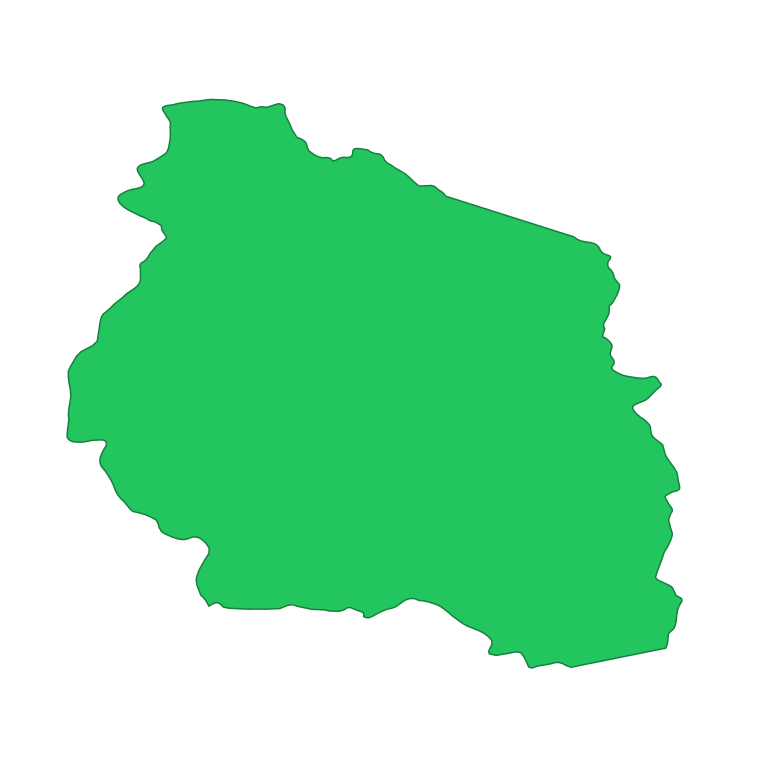 La Venta, Francisco Morazán, Honduras (Mercator projection), rotated 5°
{"feature_id": "27666195B10946257085941", "entity_name": "La Venta", "entity_type": "district", "adm_level": 2, "iso_a3": "HND", "parent_name": "Honduras", "parent_adm1": "Francisco Morazán", "projection": "mercator", "projection_center": [-87.317, 13.734], "detail": "fine", "context": "isolated", "style": "filled", "palette": "green", "viewbox_px": 768, "rotation_deg": 5, "n_neighbors": 0, "source": "geoboundaries", "source_scale": "gbopen_adm2", "svg_char_len": 6144}
<svg xmlns="http://www.w3.org/2000/svg" viewBox="0 0 768 768"><g transform="rotate(5 384 384)"><path d="M229.0,620.5L232.1,618.3L234.9,616.7L237.8,616.3L240.8,618.0L243.4,620.2L249.1,620.9L269.1,620.1L274.4,619.5L287.1,618.5L299.7,616.8L307.1,613.0L311.9,611.8L317.3,613.0L332.0,614.8L343.8,614.2L349.5,614.9L358.4,614.4L361.4,613.5L364.0,612.3L367.5,609.8L370.8,609.8L375.6,611.4L382.9,613.3L384.0,614.9L384.2,616.5L383.9,617.3L386.1,618.3L389.4,618.2L393.5,616.0L396.9,613.5L403.2,609.8L407.3,607.8L411.3,606.7L414.8,605.1L424.0,597.4L428.6,595.4L433.3,595.2L437.5,596.5L442.4,596.6L448.4,597.4L456.6,599.4L460.5,601.1L468.5,606.2L473.2,609.7L483.5,615.8L488.1,617.8L500.5,621.6L505.8,623.8L509.2,626.0L512.3,628.4L513.8,630.4L514.2,633.3L513.5,636.0L512.6,637.9L511.6,641.2L512.4,643.6L519.2,644.6L531.4,641.5L538.6,639.3L543.6,639.6L546.9,643.4L549.7,647.5L551.2,650.4L552.8,653.3L556.0,654.1L562.1,651.4L568.7,649.8L574.2,648.3L578.0,646.9L581.6,646.1L586.0,646.8L589.9,648.5L594.9,649.9L687.9,622.5L688.6,619.7L689.1,616.7L689.0,608.8L689.5,607.6L690.4,606.3L693.8,602.7L694.8,600.3L695.8,595.0L695.7,589.6L696.1,584.1L697.4,579.0L699.4,575.2L699.6,574.0L699.5,572.8L699.1,572.0L698.5,571.4L695.8,570.3L693.1,568.8L689.7,562.7L688.2,561.0L685.9,559.8L673.7,555.4L672.0,553.9L671.5,553.0L671.4,552.1L672.2,548.3L676.1,534.5L677.5,528.2L678.3,526.3L680.7,521.3L682.6,516.4L683.9,511.9L684.3,509.1L684.0,507.0L682.4,503.4L679.5,495.2L679.6,493.3L680.0,491.3L680.9,488.3L682.2,485.7L682.2,484.2L681.1,482.1L678.3,478.9L675.0,474.2L674.0,472.6L673.9,471.8L674.2,471.0L674.9,470.2L677.6,468.3L681.1,466.2L684.5,465.1L686.7,463.8L687.3,463.2L687.6,462.4L687.5,460.4L685.5,454.4L684.2,448.9L683.3,446.5L681.0,443.1L672.9,433.6L671.2,431.2L669.8,428.5L667.6,422.1L666.7,420.1L658.4,414.7L655.8,412.4L655.1,411.3L654.5,409.8L652.8,402.9L652.3,401.9L651.3,400.9L647.3,397.5L645.8,396.5L642.4,394.8L638.9,392.3L635.6,389.2L634.5,387.9L634.0,386.7L633.8,385.7L634.1,384.5L634.4,383.9L635.2,383.1L639.4,380.6L644.9,377.9L646.5,376.7L648.8,374.6L655.3,366.6L659.6,362.2L660.1,360.9L660.1,360.1L659.7,359.4L659.2,358.9L657.9,358.1L656.5,355.8L655.1,354.3L654.0,353.5L652.8,353.1L651.8,353.0L650.8,353.1L648.6,353.7L644.9,355.3L641.8,355.8L635.9,355.9L626.1,355.2L621.8,354.6L618.1,353.5L614.9,352.3L611.3,350.4L610.3,349.5L609.7,348.5L609.5,347.6L609.6,346.8L610.0,346.0L611.0,344.7L611.3,343.6L611.3,342.2L610.8,340.2L607.3,336.1L606.8,335.2L606.8,332.8L607.9,327.4L607.8,325.8L606.6,323.8L604.3,321.4L600.5,318.8L598.5,318.4L597.8,317.7L597.6,316.6L599.1,309.9L598.9,309.4L597.9,307.8L597.4,305.2L600.8,297.6L601.8,294.8L602.0,292.2L601.7,287.9L601.8,286.0L602.1,285.6L602.8,285.3L603.3,284.8L604.8,282.9L608.5,274.6L609.9,269.6L610.2,267.1L610.2,265.5L609.8,264.3L605.5,259.9L604.2,258.2L603.6,257.0L603.0,254.6L601.9,252.8L600.0,250.5L597.8,248.7L596.9,247.4L596.5,245.6L596.4,243.7L596.8,242.3L598.0,240.5L598.6,238.9L598.7,237.8L598.2,237.1L597.6,236.7L592.9,235.5L590.7,234.7L588.1,232.3L586.4,229.4L585.1,228.0L583.3,226.7L581.1,225.8L577.5,225.1L572.1,224.8L567.5,224.3L563.5,222.9L560.4,220.9L432.5,192.3L430.6,192.0L429.7,191.6L428.8,191.1L425.9,188.2L420.9,185.5L417.7,183.1L416.0,182.4L413.1,182.2L403.7,183.6L401.4,183.5L400.3,182.9L398.0,181.3L389.7,174.8L387.3,173.2L382.4,170.6L376.4,167.9L371.8,165.3L367.7,163.4L365.0,160.9L363.8,158.7L363.0,157.6L360.9,156.0L358.7,155.2L355.4,155.2L352.4,154.6L349.9,153.7L347.9,152.4L347.1,152.1L337.8,151.7L335.7,151.9L334.4,152.2L333.5,152.8L332.9,153.7L332.6,155.0L332.7,156.9L332.5,158.2L331.9,159.6L331.0,160.6L330.1,161.0L328.4,161.5L326.7,161.7L324.3,161.6L322.1,162.1L319.6,163.2L316.7,165.2L314.6,166.0L313.1,165.9L311.5,164.2L309.2,163.5L307.0,163.4L304.0,163.9L302.7,163.9L299.6,163.5L297.4,162.9L294.2,161.5L288.8,158.3L287.0,155.0L285.7,151.3L284.9,150.2L283.8,149.1L282.2,148.1L279.2,146.8L276.1,146.1L275.3,145.3L270.5,139.0L269.1,136.4L268.0,134.0L262.6,125.3L262.1,123.8L261.6,121.9L261.6,118.6L260.8,116.6L259.2,114.8L257.4,114.3L255.1,113.9L254.3,114.0L243.0,118.6L239.5,118.5L237.4,118.6L235.5,119.0L233.1,119.9L232.2,120.1L228.0,119.2L219.0,116.6L209.4,115.3L200.7,114.9L187.0,115.6L179.9,117.0L174.7,118.4L169.0,119.1L156.2,122.0L151.9,123.3L149.4,124.3L142.8,125.7L140.8,126.8L139.7,127.6L139.3,128.2L139.2,128.7L139.7,130.2L141.2,132.4L147.8,140.8L148.5,142.3L148.5,146.2L149.4,153.4L149.6,158.2L149.1,164.7L148.6,168.4L147.8,171.1L146.9,172.7L145.2,174.4L139.8,178.6L134.2,182.6L123.9,186.3L122.0,187.5L120.4,188.9L119.7,189.9L119.5,190.5L119.5,191.5L119.7,192.4L120.4,193.9L122.2,196.7L125.9,201.4L126.7,202.9L127.3,204.1L127.5,205.1L127.4,206.1L127.0,207.1L125.8,208.5L123.4,209.8L121.1,210.7L116.1,212.1L112.0,213.7L109.4,215.1L105.8,217.6L103.7,219.4L103.0,220.6L102.9,222.6L103.2,223.9L103.7,225.1L105.4,227.3L109.2,230.3L114.0,232.9L126.4,237.8L132.2,239.5L136.4,241.6L137.9,242.0L140.6,242.2L142.0,242.6L145.4,244.1L147.8,245.4L148.7,246.5L148.8,248.6L149.9,250.9L153.7,255.4L154.3,256.6L154.4,257.5L153.9,258.5L151.6,260.9L145.8,265.9L144.7,267.0L139.7,274.2L137.9,278.0L136.4,280.6L134.4,282.7L131.9,284.3L131.0,285.6L130.3,287.9L130.5,287.7L131.3,290.6L132.3,301.0L131.8,304.4L129.8,307.8L126.8,310.8L119.9,316.3L114.5,322.2L110.3,326.0L107.0,329.4L104.8,332.4L98.2,338.8L96.5,342.4L95.9,346.3L94.6,366.4L90.2,371.3L79.4,378.2L75.2,383.2L70.1,394.0L68.4,399.1L68.9,404.2L69.9,409.4L72.2,417.7L73.1,423.8L72.2,436.6L72.2,441.7L73.1,447.2L72.7,461.1L73.1,464.9L74.5,466.5L76.6,467.9L79.2,468.6L83.9,468.6L88.7,468.2L94.0,466.8L98.4,465.5L107.4,464.3L110.3,464.5L112.5,466.2L112.6,469.6L110.6,473.5L108.8,478.0L107.6,482.5L107.9,486.9L109.3,490.1L111.2,492.4L114.1,495.2L117.8,499.9L120.8,504.1L123.8,509.3L125.9,513.9L128.6,517.8L132.4,521.6L134.8,523.4L142.5,531.2L145.2,532.9L151.3,533.7L157.5,534.9L163.5,536.9L169.0,539.4L171.2,542.9L172.6,546.7L175.1,550.3L179.1,552.5L186.0,554.8L192.1,556.3L197.2,556.5L200.5,555.9L207.2,552.9L212.0,553.0L215.4,554.3L220.4,558.0L224.1,562.6L224.4,567.9L221.2,574.0L216.3,584.7L214.7,590.3L213.9,595.1L215.3,600.9L219.9,610.3L222.3,612.1L225.5,615.4L229.0,620.5Z" fill="#22c55e" stroke="#15803d" stroke-width="1.5"/></g></svg>